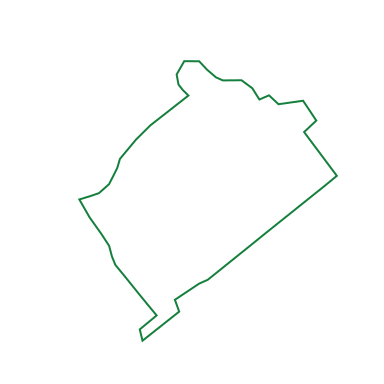 Ivoti, Rio Grande do Sul, Brazil, rotated 43°
{"feature_id": "56859067B24346229110666", "entity_name": "Ivoti", "entity_type": "district", "adm_level": 2, "iso_a3": "BRA", "parent_name": "Brazil", "parent_adm1": "Rio Grande do Sul", "projection": "natural_earth1", "projection_center": [-51.164, -29.585], "detail": "fine", "context": "isolated", "style": "outline", "palette": "green", "viewbox_px": 384, "rotation_deg": 43, "n_neighbors": 0, "source": "geoboundaries", "source_scale": "gbopen_adm2", "svg_char_len": 701}
<svg xmlns="http://www.w3.org/2000/svg" viewBox="0 0 384 384"><g transform="rotate(43 192 192)"><path d="M284.9,96.6L286.9,81.4L233.1,71.7L234.2,55.0L211.0,49.5L195.4,68.8L182.4,68.8L178.2,78.4L165.4,75.0L152.0,76.5L138.4,89.4L131.3,91.8L119.4,92.3L108.1,91.5L97.1,101.6L100.6,116.5L108.8,122.6L115.7,123.7L123.6,123.9L116.1,171.6L115.3,191.8L116.7,216.9L120.9,225.3L123.3,233.3L126.0,242.9L124.7,256.4L120.9,263.5L114.7,274.3L134.4,280.4L154.4,284.5L168.1,287.9L177.5,293.8L185.7,297.6L201.6,299.7L221.0,302.5L237.9,304.8L250.3,306.4L247.5,328.1L257.2,334.5L264.2,288.2L253.0,282.5L259.7,254.2L263.4,245.4L271.0,192.6L273.7,173.3L284.9,96.6Z" fill="none" stroke="#15803d" stroke-width="2"/></g></svg>